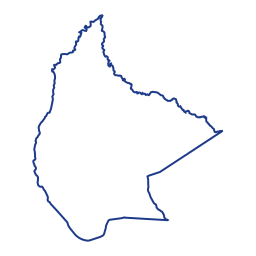 outline of El Beni
{"feature_id": "BOL-1293", "entity_name": "El Beni", "entity_type": "Department", "adm_level": 1, "iso_a3": "BOL", "parent_name": "Bolivia", "parent_adm1": "", "projection": "natural_earth1", "projection_center": [-65.092, -13.43], "detail": "fine", "context": "isolated", "style": "outline", "palette": "blue", "viewbox_px": 256, "rotation_deg": 0, "n_neighbors": 0, "source": "natural_earth", "source_scale": "10m", "svg_char_len": 5618}
<svg xmlns="http://www.w3.org/2000/svg" viewBox="0 0 256 256"><path d="M102.1,15.4L102.2,15.8L102.4,15.9L101.6,17.5L101.1,18.0L100.4,18.2L100.4,18.4L100.8,19.3L100.6,19.9L100.6,20.4L101.0,21.6L100.8,24.0L101.4,24.7L101.9,25.1L102.4,25.6L102.6,26.7L102.3,28.8L101.8,30.4L102.0,30.9L103.2,31.3L103.8,31.8L104.3,32.3L104.5,32.9L104.7,36.1L105.1,36.8L105.2,37.2L105.0,37.5L104.3,38.2L103.8,39.1L103.8,39.8L104.1,41.2L103.8,41.8L102.6,42.9L102.1,43.6L102.0,44.5L102.4,45.1L103.0,45.5L103.2,46.0L103.0,46.5L102.3,47.3L102.4,48.2L102.8,48.8L104.3,50.0L104.2,50.5L103.4,51.7L103.4,52.0L104.5,55.5L105.4,56.6L106.5,56.2L107.6,57.0L107.8,57.5L107.8,57.9L107.6,58.5L107.7,59.5L108.5,59.8L109.1,60.3L109.4,60.7L108.6,61.0L108.5,61.3L108.7,62.2L108.2,63.5L108.3,64.8L108.4,65.4L109.4,66.4L109.9,66.5L110.1,66.2L110.4,63.9L110.6,63.6L111.1,63.5L111.2,63.8L111.1,64.6L111.5,65.2L112.6,65.8L112.9,67.0L113.4,68.2L113.4,69.7L113.6,70.5L113.8,70.8L114.5,71.2L114.7,71.6L114.8,72.0L114.2,73.1L114.1,73.8L114.4,74.3L114.7,74.8L115.7,75.2L117.0,75.3L119.0,75.8L119.8,75.5L121.3,76.1L121.6,77.4L122.0,78.1L123.0,79.4L122.8,79.9L122.9,80.3L123.3,80.5L123.7,80.4L123.9,79.1L124.0,78.9L124.5,78.8L124.8,79.6L124.8,79.9L124.5,80.6L125.3,81.6L127.6,82.9L129.0,83.0L129.5,83.5L130.2,83.9L130.3,83.7L130.9,83.8L131.4,84.3L131.6,85.0L131.4,86.7L130.8,88.1L130.9,88.8L132.0,89.4L132.9,90.9L133.8,91.9L134.4,92.2L135.2,92.3L136.5,92.0L137.0,92.2L137.3,93.4L137.9,93.4L138.9,92.5L139.6,92.5L140.1,92.7L140.6,93.0L141.5,94.1L141.8,94.2L142.6,93.1L143.1,93.7L145.0,93.8L145.7,94.9L146.3,94.8L147.3,94.3L147.7,94.5L148.3,95.1L148.9,95.1L149.3,94.7L150.7,92.5L150.8,92.3L152.7,91.8L157.3,92.5L159.1,93.7L160.4,94.9L160.9,95.2L162.4,95.4L162.7,95.6L163.3,96.3L163.5,97.4L164.2,97.9L164.4,98.5L165.7,99.6L166.7,99.9L167.6,100.8L168.0,100.9L170.3,100.9L170.6,100.8L171.1,100.2L171.7,99.7L172.4,99.7L172.8,98.9L173.8,98.4L175.8,99.1L176.1,99.6L176.3,100.9L176.7,101.6L176.5,102.0L176.5,102.4L177.7,103.8L177.8,104.1L177.9,104.9L178.1,105.7L178.5,106.2L178.9,106.5L179.5,106.7L180.4,106.3L180.6,106.9L182.4,109.6L182.5,109.8L183.5,109.9L183.6,110.1L183.8,111.1L184.2,111.6L184.8,112.0L185.4,112.4L185.4,111.6L185.8,111.4L186.9,111.3L187.7,110.8L188.0,110.7L188.7,111.1L189.2,111.7L189.4,112.9L189.5,113.1L192.2,114.5L194.2,114.4L194.8,114.5L195.3,114.9L196.1,116.1L196.3,116.6L196.9,116.7L197.7,117.2L199.2,117.4L199.6,117.3L200.0,117.0L200.6,117.3L201.1,117.1L201.6,116.8L203.1,116.5L203.4,116.5L204.3,117.2L204.3,116.4L204.7,116.5L205.4,117.4L205.7,117.6L206.2,117.6L206.2,120.6L206.3,121.2L206.6,121.7L207.3,122.3L208.7,124.1L209.2,124.3L209.7,125.4L211.1,126.3L212.6,128.0L213.8,128.9L214.6,131.7L214.9,132.0L215.7,132.2L217.5,131.6L218.2,131.9L218.8,131.5L220.3,131.0L222.7,130.8L159.9,172.0L149.0,175.6L147.5,176.4L148.2,179.9L148.2,184.2L148.4,186.2L148.4,187.2L147.9,189.3L148.2,191.1L148.4,191.7L149.4,193.5L150.6,197.2L153.9,203.1L154.5,203.7L155.7,204.3L156.1,204.9L156.3,205.4L156.5,207.2L156.7,207.7L158.2,209.4L158.5,209.7L159.2,209.8L159.6,210.0L160.5,210.9L162.1,211.8L162.7,212.6L163.1,213.6L163.9,214.9L164.1,216.7L164.3,217.4L164.6,217.9L165.7,219.2L167.2,219.7L167.8,220.1L167.7,220.2L125.5,217.7L125.1,217.7L124.6,217.4L121.5,218.2L109.5,219.8L108.5,220.5L107.0,223.5L106.0,225.9L105.9,226.5L105.9,227.6L104.2,233.6L103.7,234.6L103.3,235.3L100.3,236.9L89.3,240.5L88.2,240.6L86.7,240.6L83.3,239.8L80.9,238.8L79.3,238.0L76.2,235.7L75.5,235.0L70.3,228.7L68.5,226.0L67.5,222.9L67.2,222.2L56.9,210.6L50.6,203.8L49.9,202.5L49.7,202.2L48.3,201.4L48.0,201.0L47.8,200.6L47.6,199.8L47.9,197.9L47.8,196.9L45.7,192.3L44.9,190.8L43.7,189.4L42.8,187.5L42.1,186.7L41.4,186.6L40.6,186.8L39.9,186.6L38.6,185.7L38.2,185.0L37.8,183.6L37.6,182.3L38.0,179.4L38.0,177.8L37.8,177.0L37.6,176.4L36.0,174.8L35.4,173.9L34.4,171.3L34.6,170.6L35.6,169.5L35.9,168.8L35.9,168.0L35.7,167.3L35.3,166.6L34.6,165.9L34.5,165.5L34.4,164.6L34.0,164.1L33.6,162.8L33.3,161.3L33.5,160.6L33.8,160.3L34.8,159.8L35.2,159.3L35.4,158.7L35.0,156.8L35.1,154.6L34.7,151.3L34.3,149.6L34.3,149.0L35.2,144.6L36.0,143.0L36.1,142.3L35.6,141.3L35.7,140.6L36.3,138.3L37.6,137.0L38.2,135.8L39.6,133.9L39.8,133.3L39.8,132.5L39.3,131.6L38.7,128.2L38.7,126.9L39.2,125.7L40.6,123.3L41.0,122.7L42.1,121.7L44.7,118.2L45.1,116.8L46.2,116.0L47.4,113.4L48.0,112.8L48.6,112.7L49.1,112.7L49.6,112.6L51.1,108.3L52.8,99.8L52.9,98.8L52.3,96.5L53.5,94.4L53.5,93.8L53.3,93.2L53.2,92.8L53.1,90.5L53.2,89.8L54.2,87.6L53.7,85.6L54.0,84.8L54.7,83.2L54.6,82.3L54.4,81.4L54.4,80.6L54.9,78.9L55.1,77.3L54.9,75.5L54.4,73.7L53.7,72.3L53.3,71.7L53.1,71.5L52.6,71.7L52.4,71.6L52.1,71.0L52.0,70.1L52.1,69.3L52.6,69.2L53.2,69.3L53.8,69.1L54.7,68.2L55.1,67.4L54.9,66.8L54.2,65.8L54.1,65.1L54.6,64.8L56.4,64.8L57.6,63.3L58.1,63.1L59.2,63.1L59.7,62.9L60.2,62.2L60.2,61.3L60.0,59.5L60.2,58.8L60.9,57.8L61.0,57.1L61.0,56.2L61.0,55.2L61.3,54.5L62.0,54.2L64.9,54.0L67.1,54.3L67.9,53.9L69.7,52.7L71.8,52.5L72.8,52.2L73.1,50.6L74.8,50.2L75.2,49.5L74.9,48.9L74.6,48.6L74.4,48.2L74.5,47.3L74.8,46.7L75.9,45.0L76.2,44.3L75.9,42.4L76.0,41.5L76.4,41.4L77.4,41.6L78.2,40.9L78.4,39.6L78.4,38.3L78.7,37.2L79.0,36.7L79.5,37.1L80.0,36.8L80.4,36.1L80.8,34.6L81.4,33.0L81.2,32.4L80.9,32.3L80.2,32.6L79.9,32.6L79.4,32.2L80.5,31.6L81.8,30.4L82.5,30.1L83.7,30.3L85.1,30.8L86.2,30.9L86.6,29.8L86.5,29.2L86.1,28.5L85.6,28.0L85.0,27.8L84.7,27.5L84.9,26.8L85.4,26.1L85.8,25.8L86.1,26.0L86.5,26.5L87.1,27.4L87.4,27.6L88.3,27.4L89.7,26.8L90.4,26.2L90.7,25.5L90.7,23.9L90.4,22.3L90.5,21.7L91.2,21.5L93.2,22.0L93.9,21.6L95.2,20.4L97.9,18.9L98.2,18.5L98.4,17.8L98.9,17.0L99.9,15.9L100.4,15.7L102.1,15.4Z" fill="none" stroke="#1e3a8a" stroke-width="2"/></svg>